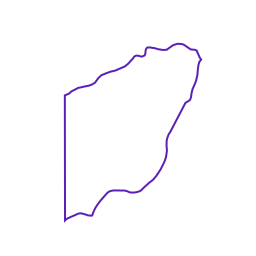 Warwick/Daban, Choiseul, Saint Lucia, rotated 247°
{"feature_id": "8701671B22929774804888", "entity_name": "Warwick/Daban", "entity_type": "district", "adm_level": 2, "iso_a3": "LCA", "parent_name": "Saint Lucia", "parent_adm1": "Choiseul", "projection": "orthographic", "projection_center": [-61.001, 13.811], "detail": "fine", "context": "isolated", "style": "outline", "palette": "violet", "viewbox_px": 256, "rotation_deg": 247, "n_neighbors": 0, "source": "geoboundaries", "source_scale": "gbopen_adm2", "svg_char_len": 1548}
<svg xmlns="http://www.w3.org/2000/svg" viewBox="0 0 256 256"><g transform="rotate(247 128 128)"><path d="M67.5,33.9L68.0,35.2L68.4,37.0L68.5,42.0L68.5,44.5L68.6,49.1L67.8,51.5L65.0,55.1L63.3,56.9L61.7,59.8L61.5,60.9L63.5,62.7L66.0,65.3L67.6,67.3L69.0,69.4L69.6,70.3L71.6,73.8L73.5,77.6L74.9,80.5L76.3,83.5L76.9,85.8L76.6,88.5L76.1,90.5L73.6,96.2L71.9,100.2L70.2,102.5L68.3,104.2L67.3,105.9L67.1,106.2L66.1,108.7L65.4,111.9L65.3,114.8L65.6,116.0L67.1,119.6L68.5,123.9L69.1,125.3L70.1,129.2L70.6,130.9L72.4,134.5L73.1,135.7L77.1,141.8L77.9,142.7L80.7,146.0L82.6,148.2L85.1,150.5L86.2,151.5L88.1,152.7L92.0,155.0L95.2,156.1L97.0,156.7L100.7,158.4L102.1,159.2L102.6,159.6L103.7,160.5L105.8,162.5L106.5,163.2L107.5,164.9L128.7,190.7L129.1,193.8L129.7,196.1L131.5,197.9L135.1,200.0L138.7,202.7L141.9,206.2L144.9,209.1L149.7,212.6L154.5,215.1L158.5,217.5L160.9,219.4L162.4,222.1L164.5,221.6L165.5,221.6L170.5,221.4L172.0,221.6L173.3,220.8L173.9,220.0L175.8,216.5L179.0,214.4L182.9,211.9L184.4,210.1L186.2,206.4L186.6,201.8L186.2,200.0L185.2,195.3L184.9,194.4L186.0,191.0L188.5,186.9L191.1,183.7L193.5,179.8L194.5,177.5L194.4,176.7L193.5,175.4L192.5,174.5L189.8,173.1L188.3,171.7L188.3,168.6L188.9,167.7L190.8,165.3L191.5,163.4L191.2,161.4L190.0,159.7L188.7,156.7L187.1,153.3L185.9,149.1L185.9,144.2L185.8,139.0L186.7,133.7L186.9,129.1L187.0,124.3L185.6,120.3L182.6,115.3L182.1,111.3L182.3,108.2L183.1,104.6L183.8,100.6L184.4,97.8L184.1,94.5L183.8,90.2L182.7,87.3L182.7,84.9L182.7,82.6L67.5,33.9Z" fill="none" stroke="#5b21b6" stroke-width="2"/></g></svg>